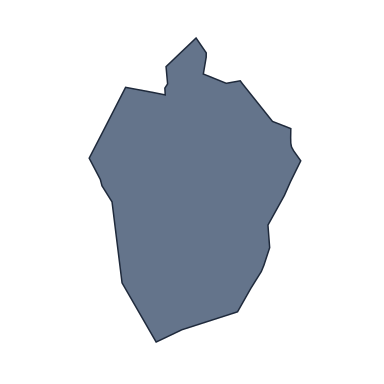 the district of Marcelino Vieira, Rio Grande do Norte, Brazil, rotated 144°
{"feature_id": "56859067B45059520856081", "entity_name": "Marcelino Vieira", "entity_type": "district", "adm_level": 2, "iso_a3": "BRA", "parent_name": "Brazil", "parent_adm1": "Rio Grande do Norte", "projection": "orthographic", "projection_center": [-38.185, -6.281], "detail": "fine", "context": "isolated", "style": "filled", "palette": "slate", "viewbox_px": 384, "rotation_deg": 144, "n_neighbors": 0, "source": "geoboundaries", "source_scale": "gbopen_adm2", "svg_char_len": 598}
<svg xmlns="http://www.w3.org/2000/svg" viewBox="0 0 384 384"><g transform="rotate(144 192 192)"><path d="M261.2,249.9L262.5,231.0L302.0,159.6L309.2,91.7L281.1,86.5L225.6,68.3L201.0,79.5L182.7,86.9L177.0,90.4L161.9,101.3L150.0,120.6L119.3,134.9L106.2,142.5L85.7,153.3L85.6,165.6L85.0,170.0L83.4,173.4L80.3,177.9L74.8,185.2L85.4,201.8L87.6,250.1L87.6,253.6L100.4,259.8L113.5,280.8L101.3,292.7L98.7,296.2L98.2,314.2L139.3,308.7L148.2,293.8L152.9,292.0L156.6,286.3L163.5,293.8L184.2,315.7L229.6,292.7L255.3,279.8L258.8,256.0L261.2,249.9Z" fill="#64748b" stroke="#1e293b" stroke-width="1.5"/></g></svg>